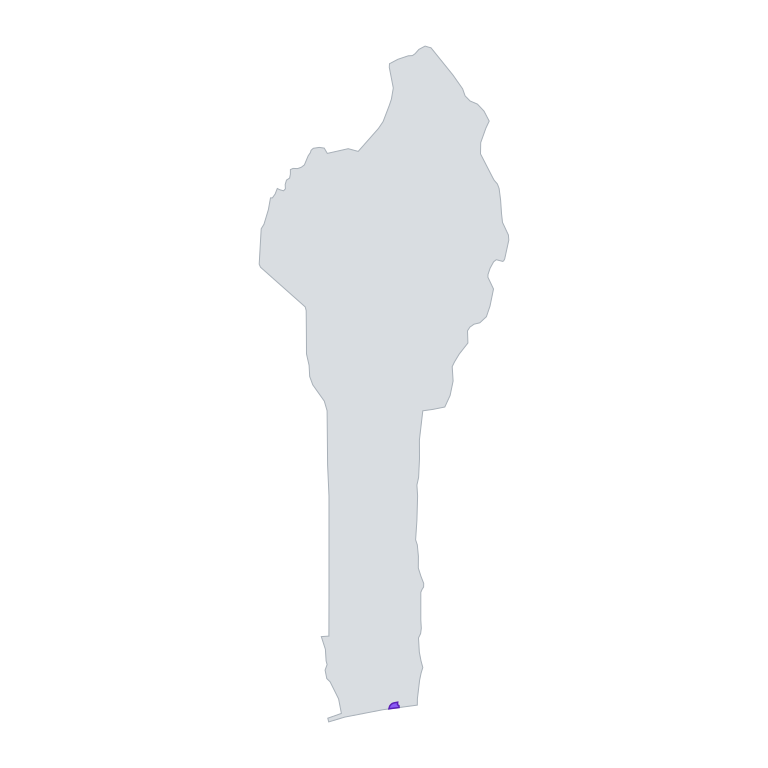 Benin, with Littoral highlighted
{"feature_id": "BEN-2175", "entity_name": "Littoral", "entity_type": "Department", "adm_level": 1, "iso_a3": "BEN", "parent_name": "Benin", "parent_adm1": "", "projection": "equal_earth", "projection_center": [2.438, 6.366], "detail": "fine", "context": "in_parent", "style": "filled", "palette": "violet", "viewbox_px": 768, "rotation_deg": 0, "n_neighbors": 0, "source": "natural_earth", "source_scale": "10m", "svg_char_len": 2087}
<svg xmlns="http://www.w3.org/2000/svg" viewBox="0 0 768 768"><path d="M328.7,721.9L327.8,718.2L341.4,713.4L338.6,698.9L330.1,681.8L326.8,678.6L325.1,670.1L327.1,664.6L326.1,660.8L325.4,649.3L321.3,636.6L328.9,636.1L329.0,595.2L329.0,556.0L329.0,522.6L329.0,496.1L327.6,464.5L327.4,441.3L327.1,410.7L324.3,401.1L312.8,384.9L309.7,376.5L309.1,365.4L306.5,353.9L306.4,333.9L306.2,310.6L305.2,306.9L292.7,295.8L275.0,280.1L261.5,268.1L260.5,267.2L259.2,264.2L261.2,228.8L264.0,224.2L268.4,209.6L270.5,197.9L272.4,197.9L275.1,194.1L277.3,188.5L279.7,189.7L283.6,190.8L285.4,188.8L285.2,184.5L286.5,180.1L289.6,178.1L290.4,174.2L290.4,169.6L293.1,168.4L297.6,168.6L301.4,167.2L304.4,164.9L308.2,155.8L310.4,152.6L311.1,150.3L313.3,148.3L319.3,147.4L324.2,148.1L327.3,153.4L348.2,148.7L358.2,151.4L378.5,128.4L383.1,121.6L389.3,105.4L391.4,99.2L393.3,88.0L389.3,67.4L389.5,63.7L397.9,59.3L408.3,55.8L412.4,55.6L415.0,53.8L418.9,49.4L425.1,46.1L428.7,47.2L431.0,47.8L453.0,75.1L462.6,88.8L465.1,95.9L470.1,101.0L477.4,104.1L484.0,111.1L489.2,121.1L485.9,128.1L480.7,142.6L480.5,153.9L492.8,177.8L494.2,180.3L497.4,184.0L499.1,188.5L500.6,200.2L501.5,213.5L502.5,222.4L508.4,235.0L508.8,240.1L504.7,258.9L503.7,260.8L502.7,261.4L496.3,259.7L493.6,261.8L490.1,268.2L488.0,274.5L487.9,277.2L493.5,289.0L490.0,306.1L486.4,316.7L479.8,322.8L474.0,324.2L469.9,327.1L467.5,330.8L467.9,343.0L459.2,354.1L454.5,361.9L452.2,366.6L453.1,381.0L450.1,395.5L444.8,407.0L432.8,409.4L422.8,410.8L419.4,440.0L419.5,458.5L418.6,477.4L416.9,485.1L417.6,495.9L416.9,520.4L415.6,539.8L417.3,544.9L418.4,556.3L418.3,568.0L420.9,576.2L423.7,583.4L423.6,587.0L422.1,589.3L420.8,592.3L420.8,620.0L421.3,628.3L420.6,633.6L418.5,637.9L419.3,652.0L421.0,660.9L422.8,667.5L421.1,673.0L419.6,680.2L417.4,698.7L417.3,705.1L383.0,709.7L344.7,717.1L328.7,721.9Z" fill="#d9dde1" stroke="#a8b0b8" stroke-width="1"/><path d="M399.1,707.5L388.9,708.8L389.7,706.1L390.7,704.8L392.2,703.5L393.9,702.9L397.7,702.2L397.5,704.5L398.1,705.2L398.5,705.3L398.9,705.6L399.1,707.5Z" fill="#8b5cf6" stroke="#5b21b6" stroke-width="1.5"/></svg>